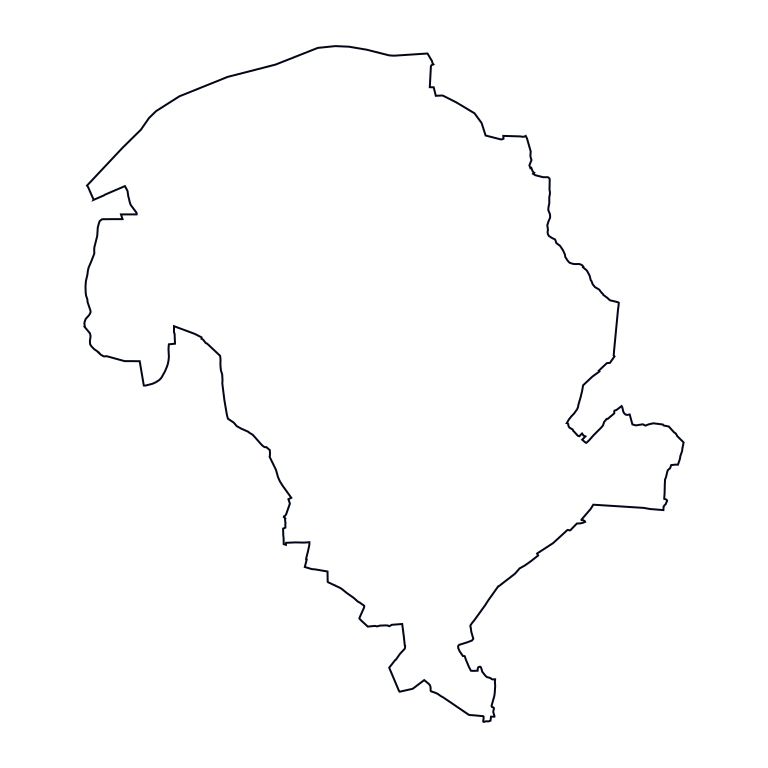 Aliman, Constanta, Romania
{"feature_id": "2599482B71126522138451", "entity_name": "Aliman", "entity_type": "district", "adm_level": 2, "iso_a3": "ROU", "parent_name": "Romania", "parent_adm1": "Constanta", "projection": "albers", "projection_center": [27.854, 44.172], "detail": "fine", "context": "isolated", "style": "outline", "palette": "ink", "viewbox_px": 768, "rotation_deg": 0, "n_neighbors": 0, "source": "geoboundaries", "source_scale": "gbopen_adm2", "svg_char_len": 6064}
<svg xmlns="http://www.w3.org/2000/svg" viewBox="0 0 768 768"><path d="M87.0,185.6L88.1,187.1L93.6,199.7L93.5,199.9L103.7,195.5L105.1,194.6L124.9,186.1L127.5,190.9L128.3,196.3L129.0,198.8L129.5,201.2L130.3,204.0L131.1,205.5L136.2,212.3L136.6,213.0L136.7,213.5L136.6,214.4L121.0,214.4L122.5,219.1L103.1,219.2L101.8,219.4L99.7,221.1L99.1,222.7L97.8,227.3L97.2,236.1L94.4,247.1L94.2,249.1L94.3,253.6L91.1,261.8L88.6,267.6L87.9,270.6L87.4,274.7L85.9,281.1L85.5,286.7L85.7,293.0L86.1,295.7L87.3,299.2L87.6,302.2L90.2,309.8L90.5,310.9L90.6,311.8L90.1,313.5L89.2,315.0L85.6,319.1L84.5,322.4L84.4,324.0L85.0,327.2L84.9,327.2L89.9,333.3L90.6,336.0L89.9,341.2L90.1,344.2L91.4,346.3L94.2,349.2L96.9,351.0L98.7,352.4L99.3,353.1L99.1,353.1L100.8,354.7L103.4,356.2L104.5,356.4L106.7,356.2L124.5,361.1L139.7,361.2L143.8,385.5L145.3,385.6L147.0,385.2L152.4,383.8L155.7,382.3L158.9,380.3L160.7,378.6L161.8,377.1L165.0,371.3L166.9,366.8L167.8,364.1L168.5,360.6L168.9,356.8L168.5,349.3L168.7,345.8L168.9,344.3L175.0,343.7L174.6,333.7L174.0,332.5L174.0,326.2L194.8,333.9L201.6,337.4L201.5,338.8L202.3,339.1L203.4,340.0L205.7,343.0L207.0,343.6L208.1,344.5L220.1,355.8L220.5,359.0L220.5,361.7L220.4,362.6L220.5,366.2L220.8,369.5L221.1,371.0L222.2,374.5L222.5,380.3L222.3,383.2L222.5,385.0L224.4,400.2L226.8,414.3L227.4,416.9L228.0,418.8L233.3,422.3L234.2,423.1L236.5,425.9L237.2,426.4L241.2,428.6L248.1,431.7L249.6,432.9L252.5,434.6L255.2,437.5L260.7,443.8L262.9,446.0L264.6,447.1L265.4,447.2L266.3,447.1L269.8,450.1L270.0,453.6L269.8,456.5L269.6,456.8L276.0,469.9L278.0,477.1L279.9,481.4L282.6,485.7L291.3,497.8L288.4,499.2L289.9,503.6L286.1,514.4L285.1,515.8L284.1,516.3L283.8,517.0L285.4,518.5L285.0,519.2L285.5,523.8L285.3,524.3L285.4,527.6L283.1,528.6L283.3,536.0L283.6,537.8L283.7,544.1L285.9,544.9L286.1,542.8L295.3,542.4L304.2,542.6L309.4,542.2L309.4,544.3L309.0,546.6L308.0,551.2L306.2,558.4L306.1,559.4L306.7,559.6L304.8,567.0L311.8,569.1L315.3,569.4L327.5,571.5L327.7,581.8L328.2,582.3L339.9,587.8L341.7,588.9L346.9,593.1L353.7,597.9L358.0,601.7L359.6,602.5L364.1,605.7L364.3,606.0L364.0,607.7L359.5,617.8L359.4,618.6L361.4,620.7L367.8,626.6L374.9,625.9L377.1,626.4L380.0,625.6L385.1,625.4L387.8,625.5L389.0,626.2L389.4,626.2L391.8,624.8L402.2,624.0L403.8,636.3L404.8,645.5L405.1,645.7L405.0,647.9L404.6,648.9L400.1,653.7L395.8,659.8L395.0,660.3L389.2,667.7L398.8,690.5L399.3,691.4L399.7,691.7L412.7,688.8L424.2,680.1L428.9,684.0L429.7,684.9L430.3,686.2L430.6,687.8L430.6,690.5L431.0,691.3L435.4,692.8L437.6,693.8L441.0,696.2L443.2,697.4L468.8,714.8L469.5,715.0L474.9,715.4L483.3,716.2L483.6,716.7L483.6,718.4L483.2,721.1L483.3,721.6L483.8,721.9L486.0,721.3L488.4,721.4L490.5,720.7L491.0,716.7L494.4,716.7L494.5,716.2L493.3,712.2L493.3,711.3L493.9,708.6L493.9,708.0L492.9,707.2L492.0,707.0L491.7,706.6L491.6,705.6L494.3,696.0L494.7,693.3L495.2,686.1L494.9,681.3L495.1,679.3L492.5,679.4L491.6,679.1L490.6,678.1L486.8,677.0L485.2,675.5L482.3,671.8L481.1,667.7L480.4,666.8L479.8,666.7L478.4,667.2L477.8,668.3L477.6,670.7L473.1,670.9L470.9,670.7L469.1,667.3L465.9,659.7L464.8,656.3L464.5,656.1L462.9,656.0L459.7,651.4L458.3,648.3L458.1,646.3L458.5,645.5L459.3,644.8L467.3,642.3L472.0,640.5L473.3,638.8L471.3,631.8L470.7,627.3L470.5,627.1L470.4,625.5L472.1,622.9L474.2,620.4L485.1,605.3L488.3,600.3L498.1,586.5L498.3,586.6L515.0,573.7L519.6,568.4L524.8,565.5L530.9,561.2L538.1,555.5L537.1,553.5L553.1,543.1L567.3,530.1L567.9,529.9L569.2,530.3L570.3,530.3L576.9,523.5L580.3,523.4L583.5,522.6L585.1,521.8L584.6,521.0L582.6,519.9L581.6,520.1L581.5,519.6L590.7,508.9L593.3,504.7L643.8,507.9L649.9,509.0L663.4,510.1L663.6,506.7L664.4,505.4L665.6,504.3L667.1,500.8L666.8,500.0L666.4,499.6L664.2,498.8L664.6,493.1L664.8,484.2L665.1,479.2L665.7,478.1L666.1,476.7L667.3,471.7L667.8,470.2L670.1,468.2L671.2,465.1L675.7,464.6L677.9,464.7L679.3,460.9L680.1,458.1L680.3,456.2L682.1,451.1L682.4,448.5L683.6,442.4L677.3,436.2L676.1,434.0L675.5,433.3L674.0,432.3L668.8,426.5L663.7,425.5L662.8,424.5L653.4,423.3L649.2,424.2L645.3,425.6L642.8,424.3L635.9,425.4L632.4,424.4L629.7,414.5L627.2,414.9L625.9,414.7L625.0,414.1L624.2,413.3L623.3,411.7L622.3,407.4L621.6,406.1L616.3,410.1L615.0,410.4L614.5,410.7L614.2,411.3L614.3,413.2L614.0,413.6L607.8,418.8L606.5,419.0L606.3,419.5L604.2,421.8L603.0,425.4L601.2,427.6L593.7,435.1L589.1,440.3L586.4,442.8L586.0,442.8L584.9,442.1L582.2,439.7L585.4,436.4L583.6,435.6L582.0,433.5L579.4,436.2L578.0,435.9L573.0,430.5L572.7,429.5L569.4,427.6L568.4,425.8L568.2,424.1L567.6,423.2L566.8,423.1L568.8,419.6L571.3,416.4L574.1,413.5L577.2,409.1L578.1,406.8L578.4,404.8L580.9,396.2L581.3,394.2L582.0,391.6L583.1,385.3L592.5,376.5L599.4,371.5L598.8,370.7L606.9,363.1L609.9,362.9L614.5,356.4L613.7,355.5L614.1,350.4L618.0,309.7L618.5,306.2L618.8,302.8L617.9,302.2L616.4,301.8L610.0,300.3L607.1,297.7L603.3,294.9L603.0,294.1L601.2,292.3L599.2,289.6L595.0,287.1L592.7,284.3L591.5,281.1L590.7,280.0L589.6,275.6L587.3,271.3L586.5,270.2L583.0,267.3L583.4,266.8L582.5,265.6L581.5,264.8L579.1,264.0L574.7,264.1L572.4,263.7L570.0,262.9L569.2,262.4L567.6,260.6L565.3,257.0L564.9,254.5L563.0,250.3L560.1,245.9L556.4,243.1L555.4,240.2L554.8,239.3L552.2,238.1L548.8,235.9L547.9,234.0L547.6,232.5L547.7,230.8L548.0,230.2L547.3,225.2L548.7,220.8L550.1,217.8L550.1,215.6L549.9,214.0L548.4,210.4L548.3,209.2L548.6,206.5L549.3,203.3L549.3,196.9L549.7,195.4L550.0,192.4L549.5,189.7L549.7,179.5L549.5,178.6L548.7,177.7L547.8,177.2L543.1,177.2L535.3,175.2L533.1,173.8L534.2,172.8L533.2,172.1L532.8,171.6L531.3,167.8L530.4,168.2L529.4,165.3L531.5,160.0L530.9,158.4L530.4,155.9L530.7,151.4L527.0,138.5L525.7,135.9L524.7,136.5L522.9,136.8L520.1,136.4L503.3,135.9L503.5,138.7L501.7,139.4L500.8,139.4L485.6,135.5L481.6,123.0L474.5,113.3L456.3,102.4L443.3,95.8L442.2,95.5L435.8,95.8L433.7,87.3L429.8,87.2L430.9,66.4L431.2,65.5L432.1,64.9L433.4,64.4L432.5,63.1L432.0,61.1L427.5,53.5L393.9,55.7L389.3,55.4L366.7,49.7L348.9,46.7L335.3,46.1L317.8,47.9L275.5,64.6L227.6,76.9L179.4,96.3L156.1,111.1L149.1,117.9L140.9,129.7L122.6,147.7L87.0,185.6Z" fill="none" stroke="#020617" stroke-width="2"/></svg>